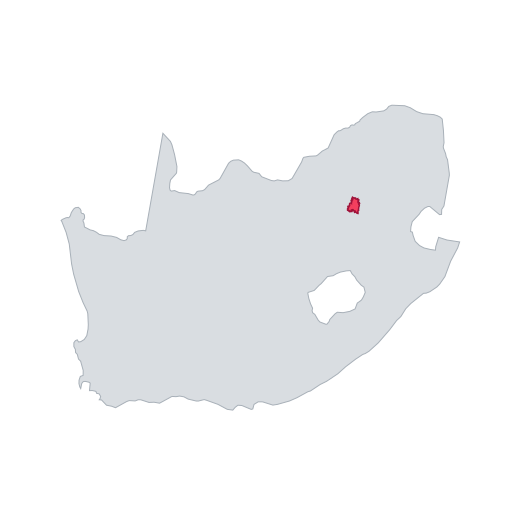 Ekurhuleni, Gauteng, South Africa shown in context, rotated 10°
{"feature_id": "47623444B61881803671589", "entity_name": "Ekurhuleni", "entity_type": "district", "adm_level": 2, "iso_a3": "ZAF", "parent_name": "South Africa", "parent_adm1": "Gauteng", "projection": "mercator", "projection_center": [28.292, -26.184], "detail": "fine", "context": "in_parent", "style": "filled", "palette": "rose", "viewbox_px": 512, "rotation_deg": 10, "n_neighbors": 0, "source": "geoboundaries", "source_scale": "gbopen_adm2", "svg_char_len": 6099}
<svg xmlns="http://www.w3.org/2000/svg" viewBox="0 0 512 512"><g transform="rotate(10 256 256)"><path d="M363.6,83.9L376.4,82.2L382.2,83.2L389.1,85.9L395.6,86.9L406.6,85.9L410.4,86.4L413.4,87.3L415.6,88.8L418.8,99.9L421.5,111.8L421.4,115.6L421.8,117.1L424.9,122.2L426.1,125.3L427.9,127.9L431.9,140.7L432.4,142.9L432.4,174.1L430.8,177.9L431.5,182.8L429.6,183.4L418.6,177.1L416.7,177.4L413.6,179.7L410.8,183.4L409.4,186.6L403.9,195.0L403.5,200.4L404.0,205.1L405.8,205.3L407.2,208.6L410.2,213.9L415.2,217.3L420.0,218.9L426.5,219.3L431.7,219.1L431.4,215.6L432.6,205.9L441.3,207.1L454.1,206.8L453.2,213.0L448.6,227.3L445.6,243.5L441.8,251.7L439.6,255.0L433.4,261.0L430.1,263.0L427.4,263.7L416.7,275.9L412.7,281.8L409.2,290.4L405.7,295.1L400.5,305.3L391.5,320.3L383.8,330.2L380.5,333.1L378.2,334.4L372.1,340.2L363.5,349.5L357.0,357.8L347.2,367.2L341.5,371.4L333.0,379.5L330.6,380.7L321.0,388.4L314.1,393.0L302.9,398.4L298.5,399.9L287.9,398.5L283.5,399.2L279.8,402.5L279.4,407.2L277.9,407.9L268.1,405.7L264.1,406.1L261.8,408.6L259.9,411.8L254.3,412.0L244.3,408.7L232.6,406.7L229.9,406.4L224.3,408.9L222.3,409.2L214.0,408.7L209.5,407.2L205.1,407.2L201.7,408.4L197.6,408.9L186.6,417.7L181.0,417.7L176.1,418.8L167.4,417.6L164.8,418.1L162.2,419.7L156.3,420.4L154.0,421.7L144.0,429.8L139.9,429.0L134.7,428.9L128.9,424.6L126.6,424.8L127.2,423.5L127.4,421.2L125.3,418.9L123.0,419.0L121.8,417.1L118.3,416.9L115.4,417.5L114.8,410.0L113.4,409.3L109.9,409.1L108.2,409.4L107.4,410.1L106.5,411.8L106.4,417.0L105.2,415.5L103.8,412.4L103.3,409.0L103.9,405.1L106.5,403.6L105.7,398.7L101.6,390.1L99.1,388.3L97.1,383.9L95.1,382.4L94.3,379.3L92.4,376.9L91.7,373.0L92.8,370.8L94.5,369.6L96.2,371.5L98.3,370.8L101.4,368.0L103.2,363.8L103.3,357.1L102.8,352.9L100.4,342.1L99.3,339.6L93.8,331.9L87.5,321.7L79.6,305.6L75.8,295.9L70.0,276.6L64.9,265.7L58.7,255.6L57.9,254.9L58.8,253.7L62.2,251.4L63.7,250.8L64.5,251.0L65.3,250.4L66.1,248.8L66.6,245.3L68.2,241.5L69.6,239.9L72.6,238.9L74.8,240.3L75.8,241.7L76.1,243.5L77.1,244.3L78.7,244.3L79.9,245.4L80.5,247.7L80.4,249.4L79.5,250.4L79.6,251.7L80.8,253.4L82.0,257.2L88.1,259.1L91.5,259.3L94.7,260.3L97.8,261.9L102.8,262.3L109.8,261.5L115.5,261.9L120.0,263.5L123.3,263.8L125.3,262.8L126.2,261.3L125.9,259.3L127.0,258.1L129.2,257.6L131.1,256.2L132.4,253.8L135.6,251.8L140.6,250.3L143.0,250.4L143.0,151.3L151.8,158.0L153.9,161.1L158.2,170.3L162.6,181.7L163.3,187.2L163.2,188.4L158.6,195.9L158.5,199.5L159.0,203.9L160.0,206.1L161.3,206.8L164.5,205.7L169.3,206.9L178.6,206.3L183.2,206.9L184.4,206.6L185.4,205.6L186.6,203.0L187.7,202.2L192.0,201.0L193.9,199.5L197.0,194.4L206.1,187.5L207.2,185.8L212.9,169.4L214.7,167.1L217.2,165.5L222.2,164.3L225.2,165.0L228.4,166.4L232.0,168.8L237.4,173.2L239.2,173.9L244.6,174.1L247.9,177.0L258.0,179.0L260.9,178.9L264.0,177.3L269.2,177.4L274.7,176.3L278.1,173.4L284.6,155.5L285.3,151.6L286.0,150.5L291.3,148.5L297.7,147.0L299.0,146.1L303.0,141.2L308.3,137.1L311.9,123.0L314.3,119.6L315.8,118.2L316.7,118.2L318.0,117.3L319.8,115.6L321.9,114.5L324.3,114.1L325.8,113.0L326.5,111.1L327.8,110.2L329.5,110.2L330.5,109.6L330.8,108.4L334.7,105.3L334.8,104.1L337.0,101.1L341.4,96.4L345.5,93.8L349.4,93.3L356.6,90.9L359.1,88.7L360.8,85.6L363.6,83.9ZM351.6,296.7L358.1,294.2L362.8,290.9L363.9,284.8L367.5,281.1L368.8,277.7L369.9,272.9L367.7,267.9L364.7,266.5L359.3,262.2L357.0,259.3L353.7,256.9L351.4,254.0L347.7,254.9L341.9,257.2L338.4,259.4L335.4,262.0L330.0,263.8L324.9,272.0L323.3,273.8L319.3,279.8L313.6,282.8L313.5,283.8L315.4,288.7L318.0,293.6L320.8,297.6L320.7,300.0L321.6,302.0L324.1,303.3L328.3,308.3L330.4,309.9L336.8,311.1L337.7,310.8L339.4,307.8L339.7,305.7L343.9,299.2L345.8,297.3L351.6,296.7Z" fill="#d9dde1" stroke="#a8b0b8" stroke-width="1"/><path d="M338.0,193.1L338.3,192.9L338.3,193.0L338.7,193.6L338.6,193.9L338.5,194.2L338.4,194.4L338.4,194.5L338.2,194.9L338.2,195.0L338.3,195.1L338.5,195.1L339.0,195.2L339.4,195.5L339.5,195.4L339.8,195.3L340.0,195.4L340.2,195.7L340.5,195.4L340.7,195.2L340.8,195.3L340.7,195.4L340.7,195.5L340.8,195.5L341.0,195.5L340.6,195.9L340.9,196.1L341.0,196.0L341.4,195.6L341.5,195.6L342.0,195.6L342.4,195.6L342.7,195.6L342.9,195.0L342.7,194.9L342.2,194.0L342.4,193.9L342.5,193.8L342.7,193.7L342.9,193.6L343.2,193.8L343.3,194.0L343.4,194.3L343.6,194.1L343.8,193.8L344.3,194.3L344.9,194.9L345.3,194.5L345.4,194.4L345.5,194.4L345.5,194.5L345.7,194.8L345.8,194.6L346.0,194.7L346.1,194.9L345.9,195.1L345.3,195.6L345.5,195.9L346.1,195.5L346.3,195.3L346.8,195.6L347.0,195.7L347.2,195.8L347.2,195.7L347.3,195.7L347.5,195.8L347.5,195.7L347.8,195.7L348.4,195.7L348.4,196.1L348.4,196.4L348.9,196.4L348.8,196.1L349.0,195.9L348.9,195.8L349.0,195.8L348.9,195.8L348.9,195.7L348.7,195.6L348.7,195.3L348.7,195.0L348.7,194.8L348.6,194.2L348.8,193.7L348.8,193.4L348.7,193.2L348.8,193.0L349.0,192.9L348.9,192.8L348.9,192.7L348.9,192.3L348.8,191.4L348.8,191.2L348.8,190.8L348.7,189.9L349.0,188.7L348.9,187.8L348.2,187.3L348.3,186.9L348.3,186.7L348.5,186.6L348.4,186.3L348.8,186.1L348.5,185.6L347.6,186.0L347.0,185.2L347.3,184.9L347.4,184.6L347.5,184.6L347.5,184.2L347.1,184.4L347.1,183.9L347.0,183.7L347.3,183.5L347.3,183.4L347.5,183.2L347.6,182.9L347.4,182.8L347.1,183.0L346.7,182.8L346.5,182.6L346.4,182.6L346.4,182.4L346.2,182.1L346.2,181.9L345.8,182.1L345.5,182.3L344.8,182.7L344.5,182.6L344.0,181.6L342.8,181.7L342.9,181.9L342.2,181.9L340.8,181.3L340.4,182.9L340.3,183.4L341.0,183.5L341.1,183.2L341.1,183.3L341.3,183.3L341.5,183.6L341.5,183.8L341.4,183.9L340.9,184.3L340.7,184.4L340.7,184.5L340.8,184.8L340.6,184.9L340.6,184.7L340.5,184.8L340.3,184.9L340.1,185.0L340.3,185.4L340.5,185.5L340.6,185.9L340.8,186.0L340.7,186.2L340.8,186.3L340.7,186.4L340.6,186.6L340.7,187.1L340.4,186.8L340.3,187.2L339.7,187.3L339.7,187.2L339.7,187.3L339.6,187.5L339.5,187.8L339.3,187.9L339.3,188.0L339.2,188.1L339.1,188.3L339.1,188.6L339.1,188.8L339.3,189.5L339.3,189.8L339.4,190.0L339.3,190.3L339.3,190.5L338.9,190.7L338.6,190.8L338.3,190.9L338.2,190.9L338.0,191.0L337.9,191.1L338.0,191.2L338.2,192.1L338.6,192.1L338.5,192.3L338.3,192.5L338.3,192.9L337.9,193.0L338.0,193.0L338.0,193.1Z" fill="#f43f5e" stroke="#9f1239" stroke-width="1.5"/></g></svg>